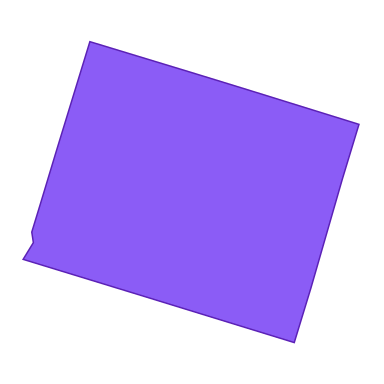 the district of Saline, Kansas, United States of America, rotated 197°
{"feature_id": "52423323B92463309420457", "entity_name": "Saline", "entity_type": "district", "adm_level": 2, "iso_a3": "USA", "parent_name": "United States of America", "parent_adm1": "Kansas", "projection": "mercator", "projection_center": [-97.646, 38.784], "detail": "fine", "context": "isolated", "style": "filled", "palette": "violet", "viewbox_px": 384, "rotation_deg": 197, "n_neighbors": 0, "source": "geoboundaries", "source_scale": "gbopen_adm2", "svg_char_len": 341}
<svg xmlns="http://www.w3.org/2000/svg" viewBox="0 0 384 384"><g transform="rotate(197 192 192)"><path d="M50.2,135.0L52.0,248.7L52.1,305.5L164.8,306.0L221.1,306.1L333.6,305.9L333.7,192.3L333.5,135.2L333.5,106.8L328.9,97.2L333.8,78.2L220.9,78.2L50.2,77.9L50.2,135.0L50.2,135.0Z" fill="#8b5cf6" stroke="#5b21b6" stroke-width="1.5"/></g></svg>